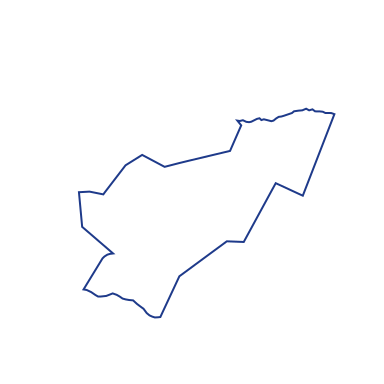 outline of Jardim do Mulato, Piauí, Brazil, rotated 300°
{"feature_id": "56859067B52295682462002", "entity_name": "Jardim do Mulato", "entity_type": "district", "adm_level": 2, "iso_a3": "BRA", "parent_name": "Brazil", "parent_adm1": "Piauí", "projection": "robinson", "projection_center": [-42.519, -6.135], "detail": "fine", "context": "isolated", "style": "outline", "palette": "blue", "viewbox_px": 384, "rotation_deg": 300, "n_neighbors": 0, "source": "geoboundaries", "source_scale": "gbopen_adm2", "svg_char_len": 1094}
<svg xmlns="http://www.w3.org/2000/svg" viewBox="0 0 384 384"><g transform="rotate(300 192 192)"><path d="M67.9,227.1L73.5,226.6L112.7,223.2L166.7,246.8L174.6,261.8L232.8,260.3L241.5,260.1L244.2,289.8L330.6,276.4L330.0,273.1L327.1,268.0L326.9,265.1L325.7,262.4L323.4,258.3L323.8,255.0L321.3,252.6L321.2,249.2L317.9,246.7L315.8,243.7L314.4,241.9L312.9,240.0L310.4,239.1L304.0,233.5L302.1,231.7L300.4,229.5L297.8,228.1L294.6,226.9L293.0,225.3L292.0,221.7L290.9,217.9L289.0,216.1L289.6,213.6L287.8,211.7L282.5,208.2L281.0,206.5L279.9,203.9L279.6,200.2L277.4,197.9L276.5,195.6L274.3,201.3L246.6,204.4L217.1,173.2L210.4,166.2L200.1,155.7L199.2,130.3L181.9,121.1L147.7,116.6L145.6,116.4L141.1,103.1L135.3,94.2L106.9,114.3L99.3,154.4L97.4,151.9L95.4,150.0L92.3,148.4L89.8,147.7L53.4,146.8L54.5,149.8L54.9,154.8L54.5,159.9L54.5,162.9L55.9,165.3L59.1,169.7L61.7,171.8L64.5,174.0L65.3,178.2L65.3,181.8L65.0,185.1L65.8,188.2L67.0,191.5L68.7,195.2L67.6,200.1L67.1,204.0L66.6,208.5L64.5,213.3L63.9,216.9L64.2,219.9L64.8,222.6L66.5,225.2L67.9,227.1Z" fill="none" stroke="#1e3a8a" stroke-width="2"/></g></svg>